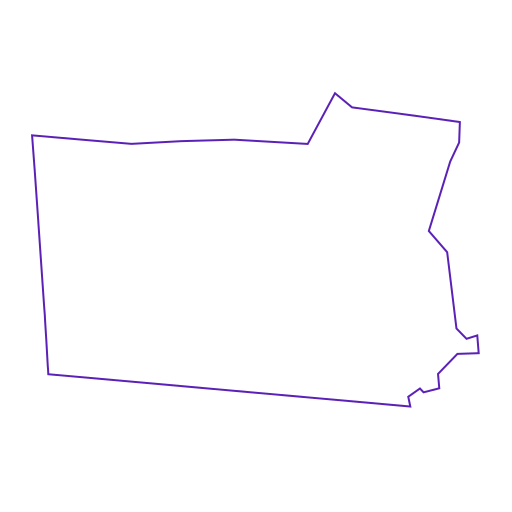 the district of Christian, Kentucky, United States of America, rotated 87°
{"feature_id": "52423323B93748652939818", "entity_name": "Christian", "entity_type": "district", "adm_level": 2, "iso_a3": "USA", "parent_name": "United States of America", "parent_adm1": "Kentucky", "projection": "mercator", "projection_center": [-87.48, 36.897], "detail": "fine", "context": "isolated", "style": "outline", "palette": "violet", "viewbox_px": 512, "rotation_deg": 87, "n_neighbors": 0, "source": "geoboundaries", "source_scale": "gbopen_adm2", "svg_char_len": 593}
<svg xmlns="http://www.w3.org/2000/svg" viewBox="0 0 512 512"><g transform="rotate(87 256 256)"><path d="M363.2,469.6L414.4,109.8L404.5,111.3L396.9,99.2L400.9,95.8L397.7,79.9L383.3,80.4L364.3,60.0L364.7,38.7L346.9,39.2L349.7,50.1L338.9,59.6L262.2,64.9L240.1,82.1L171.8,57.1L153.3,47.2L132.9,45.4L124.9,86.6L112.6,152.3L97.6,168.6L146.8,198.5L138.7,271.6L137.4,324.6L137.5,374.5L131.5,418.1L123.8,473.3L159.3,472.5L210.2,471.6L211.4,471.6L290.1,470.3L296.0,470.2L303.7,470.0L310.8,470.0L330.0,469.8L355.3,469.7L357.7,469.6L363.2,469.6Z" fill="none" stroke="#5b21b6" stroke-width="2"/></g></svg>